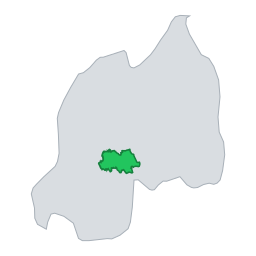 Ruhango, Southern, Rwanda shown in context
{"feature_id": "39286606B52583425373362", "entity_name": "Ruhango", "entity_type": "district", "adm_level": 2, "iso_a3": "RWA", "parent_name": "Rwanda", "parent_adm1": "Southern", "projection": "equal_earth", "projection_center": [29.754, -2.193], "detail": "fine", "context": "in_parent", "style": "filled", "palette": "green", "viewbox_px": 256, "rotation_deg": 0, "n_neighbors": 0, "source": "geoboundaries", "source_scale": "gbopen_adm2", "svg_char_len": 6118}
<svg xmlns="http://www.w3.org/2000/svg" viewBox="0 0 256 256"><path d="M100.2,57.3L103.3,57.2L124.0,50.5L126.1,52.6L129.4,65.5L131.2,67.4L134.0,67.9L139.8,64.9L150.5,54.8L155.1,48.7L160.6,40.0L167.6,30.3L171.4,21.8L175.3,16.8L180.2,15.4L185.8,15.7L189.6,15.9L186.4,17.9L185.8,24.1L189.4,34.1L201.3,54.7L208.8,58.4L213.8,66.4L218.6,79.9L220.0,96.8L218.0,117.0L219.2,132.1L223.6,142.0L224.7,154.8L222.6,170.6L220.1,180.0L217.1,183.1L213.8,184.3L209.2,183.2L203.6,184.5L197.6,187.5L193.8,187.9L191.4,187.4L186.9,184.8L179.9,176.7L166.7,181.2L163.1,181.1L158.3,185.0L154.4,189.7L152.0,190.1L149.5,189.4L138.2,179.8L134.0,180.1L132.3,207.1L130.4,222.1L128.1,228.7L120.0,235.2L111.8,238.9L107.3,238.6L89.4,240.6L82.3,240.6L78.5,238.4L73.4,223.2L63.9,216.3L54.7,213.2L51.0,214.1L47.7,222.1L46.3,229.2L37.5,224.3L34.8,218.2L34.5,208.0L31.3,193.9L33.1,188.0L36.6,184.1L43.9,176.7L55.1,166.4L57.5,161.5L59.1,153.3L58.4,134.3L57.3,118.3L58.6,112.5L63.8,100.1L70.6,87.5L78.6,74.0L83.4,72.7L89.8,67.6L96.4,60.1L100.2,57.3Z" fill="#d9dde1" stroke="#a8b0b8" stroke-width="1"/><path d="M139.2,166.3L139.2,166.2L139.5,165.6L139.6,165.0L139.7,164.8L139.8,164.5L139.8,164.1L139.8,163.8L139.8,163.6L139.8,163.4L139.6,163.2L139.6,162.8L139.6,162.4L139.3,162.2L139.2,162.4L137.3,162.4L136.8,162.0L136.5,161.4L135.3,158.7L134.6,157.4L134.5,157.1L134.3,156.5L133.9,155.9L133.8,155.0L133.7,154.5L133.5,154.3L133.3,154.4L131.8,153.8L131.7,153.7L131.4,153.4L131.2,153.0L131.0,152.6L130.9,152.5L130.7,152.5L130.6,152.3L130.5,152.2L130.4,151.4L130.0,151.0L129.9,150.5L130.0,150.4L130.0,150.2L129.9,149.4L129.5,149.3L129.1,149.7L128.8,149.8L128.6,149.7L128.3,149.9L128.2,150.0L127.8,149.9L127.5,150.1L127.0,150.2L126.9,150.1L126.4,150.3L126.0,150.6L125.8,150.7L125.6,150.8L125.2,150.9L125.1,150.7L124.7,150.7L124.2,150.8L124.0,150.7L123.7,150.7L123.4,150.9L123.0,150.7L122.8,150.6L122.0,150.7L121.9,151.2L122.0,151.3L122.1,151.7L122.3,152.2L122.2,152.2L122.1,152.3L121.9,152.3L121.8,152.5L121.7,152.6L121.6,152.8L121.4,152.7L120.8,152.8L120.9,153.4L121.2,153.9L120.9,154.2L120.7,154.5L120.8,154.8L120.7,155.1L120.4,154.9L120.0,154.9L119.6,155.0L119.2,154.8L118.6,154.3L118.4,153.7L117.7,153.4L117.5,153.2L116.8,153.0L116.4,152.5L115.8,152.0L115.6,151.5L115.2,151.6L114.4,150.7L114.2,150.9L113.9,150.7L113.4,150.8L113.3,150.7L113.1,150.8L112.9,150.8L112.7,151.0L112.4,150.9L112.3,151.1L111.9,151.1L111.8,151.4L111.6,151.5L111.4,151.7L111.4,151.8L111.2,151.9L110.9,151.8L110.8,152.0L110.6,151.8L110.4,151.7L110.5,151.5L110.4,151.3L110.4,151.2L110.2,150.9L110.4,150.8L110.3,150.7L110.2,150.5L110.4,150.2L110.1,149.9L110.0,150.0L110.0,149.8L109.9,149.8L109.8,150.0L109.8,149.9L109.5,149.9L109.3,149.8L109.2,149.9L109.2,150.1L108.8,150.0L108.8,149.9L108.7,150.0L108.7,150.3L108.7,150.6L108.7,151.1L108.7,151.8L108.0,151.7L107.8,151.5L107.6,151.2L107.5,150.9L107.4,150.8L107.4,151.2L107.1,151.6L106.5,151.7L106.0,151.5L105.7,151.5L105.5,151.4L105.2,151.7L104.9,151.6L104.8,151.8L104.7,151.8L104.3,152.1L104.2,152.1L104.2,151.8L103.9,151.9L103.8,152.0L103.8,151.8L103.7,151.5L103.7,151.4L103.4,151.6L103.4,152.0L103.2,152.2L103.2,152.4L103.0,152.5L103.2,152.9L103.1,153.0L102.9,153.4L102.7,153.4L102.6,153.7L102.3,154.0L102.2,154.2L102.2,154.5L102.2,154.9L102.3,154.9L102.4,155.0L102.2,155.2L101.9,155.7L101.9,155.8L102.3,155.8L102.4,156.0L102.4,156.4L102.6,156.5L102.7,156.3L102.8,156.3L102.8,156.5L103.0,156.7L103.0,156.8L103.0,157.0L102.9,157.1L103.0,157.3L102.8,157.4L102.9,157.6L102.8,158.0L103.0,158.4L103.3,158.4L103.3,158.5L103.3,158.9L103.3,159.1L103.2,159.3L103.3,159.6L102.9,160.2L102.9,160.3L103.0,160.5L102.7,161.0L102.3,160.9L102.1,160.6L101.7,161.0L101.4,161.1L101.5,161.4L101.3,161.4L101.2,161.3L101.0,161.7L101.0,161.9L101.1,162.0L101.0,162.4L100.8,162.2L100.5,161.8L100.3,162.0L100.2,161.7L100.0,162.3L99.8,162.6L99.7,162.6L98.8,162.9L98.8,163.1L98.7,163.3L98.8,163.4L98.8,163.7L98.9,163.8L98.9,164.1L99.1,164.3L99.1,164.5L99.3,164.7L99.3,164.8L99.3,165.0L99.6,165.3L99.7,165.5L99.9,166.0L100.1,166.0L100.2,166.5L100.4,166.7L100.5,166.8L100.5,167.0L100.3,167.1L100.6,167.4L100.6,167.5L100.8,167.7L100.8,168.0L101.0,168.2L100.9,168.3L101.0,168.4L101.1,168.6L101.3,168.7L101.5,168.7L101.9,168.8L101.8,169.2L101.9,169.3L102.0,169.5L102.3,169.0L102.5,168.9L102.8,169.2L103.0,169.2L103.4,169.0L103.5,169.1L103.8,169.2L103.9,169.3L104.4,169.6L104.4,169.9L104.6,170.1L104.8,170.1L105.0,170.3L105.3,170.3L105.4,170.2L105.6,169.9L105.8,168.9L106.1,168.8L106.4,169.0L106.6,169.0L106.5,169.4L106.6,169.5L106.8,169.6L106.9,170.1L107.0,169.9L107.1,170.0L107.4,169.8L107.9,168.8L108.1,168.7L108.1,168.9L108.3,169.0L108.5,169.3L108.7,169.6L108.8,169.7L109.0,170.1L109.6,170.7L110.1,171.5L110.2,171.3L110.5,171.3L110.6,171.2L110.8,171.4L111.0,171.4L111.3,171.1L111.6,170.7L111.6,170.2L111.4,169.9L111.5,169.6L111.4,169.3L111.5,168.8L111.4,168.5L111.3,168.3L111.3,168.0L111.4,167.9L111.6,168.1L112.0,168.0L112.3,168.3L112.4,168.2L112.5,168.3L112.9,168.2L113.1,168.2L113.1,167.7L113.3,167.5L113.8,167.8L114.2,168.2L115.2,168.1L115.6,168.3L115.8,168.1L116.0,167.3L116.3,167.6L116.7,168.0L116.9,168.8L116.9,169.0L117.1,169.6L117.4,170.0L118.8,171.0L119.1,171.5L119.4,172.1L119.7,172.5L119.9,172.4L120.2,172.6L120.5,172.5L120.8,172.7L121.0,172.6L121.5,171.6L121.3,171.4L121.4,171.1L121.5,170.6L121.6,170.4L122.2,170.0L122.6,170.2L122.8,170.3L123.4,169.8L123.5,170.0L124.2,170.2L124.3,170.4L124.3,170.7L124.6,171.2L125.2,171.7L125.3,171.8L125.3,172.3L125.8,172.9L126.1,172.9L126.4,172.8L126.5,172.9L126.5,173.0L126.7,173.3L126.9,173.2L127.1,173.0L127.5,173.0L127.8,172.9L128.2,172.6L128.3,172.3L128.6,172.3L129.0,172.2L129.4,172.2L129.9,172.1L130.3,172.5L130.7,172.5L131.0,172.6L131.4,172.6L131.8,173.0L132.0,173.0L132.5,172.3L132.7,172.2L132.3,171.5L132.3,171.0L132.2,170.6L132.0,170.4L131.9,169.9L131.8,169.7L131.8,169.2L131.7,168.8L131.8,168.5L131.6,168.1L131.0,168.1L131.1,167.9L131.3,166.8L131.4,166.5L132.2,166.3L133.0,167.1L133.3,167.3L133.5,167.2L133.7,166.8L133.8,166.8L134.0,166.6L134.4,166.5L135.1,166.4L135.5,166.2L136.2,166.4L136.4,166.3L136.8,166.2L137.2,166.2L138.1,166.7L139.2,166.3Z" fill="#22c55e" stroke="#15803d" stroke-width="1.5"/></svg>